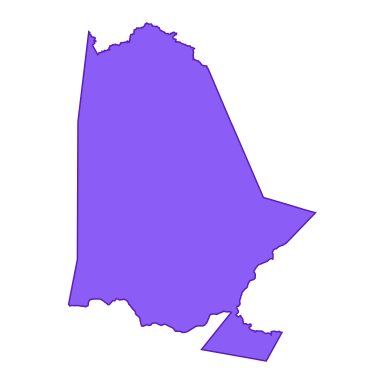 Los Andes, Salta, Argentina (Mercator projection), rotated 90°
{"feature_id": "61730980B96224963686238", "entity_name": "Los Andes", "entity_type": "district", "adm_level": 2, "iso_a3": "ARG", "parent_name": "Argentina", "parent_adm1": "Salta", "projection": "mercator", "projection_center": [-68.208, -24.497], "detail": "fine", "context": "isolated", "style": "filled", "palette": "violet", "viewbox_px": 384, "rotation_deg": 90, "n_neighbors": 0, "source": "geoboundaries", "source_scale": "gbopen_adm2", "svg_char_len": 5924}
<svg xmlns="http://www.w3.org/2000/svg" viewBox="0 0 384 384"><g transform="rotate(90 192 192)"><path d="M299.1,292.1L298.9,286.0L299.1,284.1L299.5,282.8L301.0,280.4L302.5,278.7L302.9,277.9L303.8,276.8L304.5,276.3L304.7,275.9L304.6,275.2L303.9,274.0L303.2,273.6L302.4,272.7L301.3,271.9L300.8,271.2L300.8,269.7L300.7,269.1L299.1,268.1L298.9,267.5L299.1,265.8L299.8,265.1L300.0,264.3L299.7,262.8L299.7,261.9L299.1,260.5L299.6,259.1L299.9,258.2L301.0,256.7L303.7,255.2L304.3,255.2L304.7,254.9L305.3,253.9L307.1,252.8L308.9,251.3L311.6,248.7L313.8,248.4L314.5,247.9L315.5,246.8L316.8,245.1L318.4,244.1L319.4,243.8L320.4,243.8L320.7,243.9L321.6,243.5L323.8,243.1L325.0,242.6L325.7,242.6L326.1,241.9L326.1,240.3L325.7,240.0L325.4,238.5L325.2,238.1L324.8,237.9L324.6,237.3L324.9,236.3L325.4,235.5L325.4,234.3L325.1,233.2L324.0,232.5L323.3,231.4L323.0,230.2L323.0,227.8L324.4,225.5L325.0,223.4L325.4,222.8L324.8,221.2L324.1,219.8L324.2,218.9L324.5,217.9L325.5,216.4L328.1,210.9L331.2,208.6L331.4,203.5L332.4,202.0L332.5,200.1L332.1,198.1L331.2,195.9L326.4,188.2L325.8,185.7L325.9,181.2L325.8,180.7L325.1,179.4L323.8,178.1L322.5,177.1L315.6,174.3L314.6,173.7L314.3,173.2L313.9,170.2L314.1,168.5L314.4,167.6L314.2,166.8L313.2,164.9L312.5,162.7L311.9,161.8L311.8,161.1L311.2,160.6L311.8,157.5L311.9,155.8L311.7,155.2L311.7,154.5L312.0,153.5L312.3,152.6L349.5,182.5L361.0,117.8L332.4,102.0L332.0,104.0L331.3,104.9L331.9,107.2L331.2,109.1L331.3,109.4L331.2,110.9L331.3,111.3L331.7,111.5L331.8,112.1L331.5,112.4L331.8,112.8L333.0,112.9L333.6,112.6L334.9,112.8L333.7,114.0L333.1,115.1L333.1,116.4L333.6,118.4L332.4,120.4L331.4,121.6L331.1,122.4L331.0,124.1L331.1,124.7L330.8,127.6L330.9,128.0L331.8,128.3L331.8,128.9L330.7,130.1L330.3,131.5L330.3,132.2L330.1,132.7L329.2,134.0L328.7,134.4L327.5,134.9L327.1,134.6L326.9,134.0L326.2,133.1L325.8,132.8L324.9,132.9L324.4,133.1L324.1,133.5L324.1,134.2L324.5,134.9L324.7,136.2L324.4,136.9L323.7,137.8L323.6,138.2L323.8,139.1L323.9,140.0L323.5,140.5L322.9,140.8L321.5,140.7L320.5,141.1L318.8,141.4L316.7,143.0L316.1,143.1L315.6,143.5L315.8,144.1L316.4,144.7L317.0,145.8L316.5,146.6L316.0,147.0L315.5,147.1L315.0,148.0L314.5,147.9L313.9,147.4L313.2,146.4L312.6,145.8L311.8,145.6L310.9,145.6L310.1,146.2L308.0,147.2L306.5,147.2L306.1,146.6L306.3,145.8L306.1,145.4L305.8,145.0L304.6,144.8L304.6,144.2L304.4,144.1L303.3,143.9L302.5,144.3L299.9,144.2L298.1,143.4L295.9,143.2L294.6,142.3L292.9,142.1L292.2,141.8L291.2,140.8L289.4,139.5L287.6,137.1L286.1,136.4L284.7,136.3L283.6,135.7L282.7,135.6L281.9,134.7L281.5,134.6L280.9,134.1L280.6,133.6L280.1,132.3L279.9,131.3L279.2,130.0L278.9,129.5L278.2,129.0L277.3,128.7L276.2,128.9L275.8,128.7L274.1,128.8L272.8,129.4L272.5,129.8L272.0,130.1L271.0,130.1L267.2,127.6L265.4,126.2L265.0,125.8L261.2,116.7L260.3,115.6L259.7,115.3L258.8,113.9L258.6,112.9L258.7,112.3L259.0,111.7L259.1,111.2L258.0,111.0L253.8,111.0L252.8,111.7L251.1,111.1L249.8,110.4L249.4,109.9L248.8,108.6L248.6,107.5L247.6,106.5L246.9,105.3L246.3,104.8L245.1,101.1L244.3,99.7L243.0,97.7L212.8,68.6L209.5,80.2L205.1,94.7L197.5,120.6L126.5,151.2L122.0,153.3L68.3,176.1L68.2,176.7L67.8,177.0L66.6,177.0L66.1,177.2L65.9,177.5L65.8,179.8L65.5,180.5L65.5,181.0L65.1,182.1L64.0,182.8L63.7,183.3L62.7,183.7L61.8,185.0L61.1,185.3L60.8,186.0L60.9,186.6L60.7,187.2L60.0,188.4L59.8,189.3L59.2,189.8L59.3,190.4L59.5,190.8L57.5,190.5L56.2,190.9L55.9,190.6L54.8,190.8L52.2,190.4L51.4,190.9L51.1,190.7L49.9,190.9L49.3,190.3L48.7,190.0L48.5,189.6L48.4,189.7L47.4,192.0L47.5,192.6L47.4,192.9L46.2,193.7L46.2,194.0L46.0,194.3L45.8,194.9L46.2,195.8L46.2,196.1L45.8,196.5L45.1,198.2L44.6,198.7L44.7,199.4L44.2,200.0L43.7,201.9L43.0,203.1L42.1,204.1L42.2,204.5L41.9,205.2L42.0,207.2L41.6,207.3L41.4,207.7L41.5,208.0L41.8,208.2L41.8,208.5L39.5,208.0L39.0,209.1L38.9,210.2L37.9,211.0L37.2,211.1L36.1,210.7L35.9,210.0L35.5,209.4L34.9,208.9L34.6,207.7L34.1,207.5L33.3,207.5L33.5,208.1L33.3,208.7L32.6,209.4L32.2,210.3L32.5,211.0L33.0,211.5L32.9,211.9L33.3,212.4L33.2,212.9L33.6,213.3L34.4,213.7L34.2,215.1L33.5,216.0L33.8,217.1L33.7,217.6L33.3,218.1L33.1,219.2L32.3,219.4L31.9,220.1L32.1,220.5L30.6,222.7L30.5,223.5L29.4,224.3L27.8,224.8L27.4,226.0L26.5,226.6L26.5,227.1L26.3,227.5L26.5,228.6L26.2,229.6L26.2,231.1L25.6,231.8L24.5,232.2L24.0,232.6L24.2,233.7L23.9,236.0L23.0,237.4L23.9,238.3L23.9,238.7L24.3,239.0L25.2,239.1L25.9,239.4L26.0,239.8L27.3,241.0L27.5,241.5L27.4,241.8L27.4,242.2L27.9,242.4L28.0,242.7L27.9,243.7L28.1,244.4L28.1,245.0L27.9,245.4L28.2,245.9L28.0,247.3L29.3,247.9L29.9,249.7L31.5,250.0L32.3,249.9L33.0,250.2L33.7,250.0L33.8,250.3L34.0,251.2L34.6,251.9L34.4,252.9L34.9,253.3L35.4,253.4L36.7,253.9L37.6,253.8L38.9,254.3L40.0,254.0L40.7,254.7L41.8,254.5L42.1,254.6L42.0,255.2L42.3,255.9L41.9,255.8L41.1,256.7L42.3,258.3L42.2,259.5L42.5,260.0L42.6,260.6L42.7,261.8L42.6,262.5L42.9,263.3L43.2,263.4L43.5,263.3L43.9,263.4L44.2,264.0L44.6,264.1L45.5,265.0L44.9,266.3L44.6,267.9L44.3,268.3L44.4,268.6L44.8,269.0L44.5,269.4L44.5,270.1L44.9,270.5L44.9,271.7L45.6,272.3L45.8,272.7L45.7,273.9L46.9,274.3L48.1,275.1L49.6,274.1L50.0,274.9L49.5,275.5L49.6,275.8L50.0,276.7L50.7,277.4L50.9,278.4L50.4,278.9L50.3,279.3L50.6,279.7L51.2,279.7L51.6,280.0L51.3,281.9L51.8,281.8L52.1,282.0L52.7,283.4L52.6,284.6L53.1,285.3L53.6,285.5L54.0,286.2L54.5,286.3L45.2,291.6L44.4,290.7L44.1,290.6L44.0,290.2L43.3,289.9L43.2,289.4L42.2,289.3L41.8,289.5L41.7,288.9L41.4,288.5L41.4,288.2L40.9,288.3L40.9,288.7L40.5,289.1L40.6,289.5L40.3,289.9L39.9,289.3L39.0,289.2L38.3,288.6L37.5,289.4L37.5,289.9L37.1,290.7L36.9,291.9L36.7,292.4L35.7,293.0L35.0,293.1L35.0,293.4L34.5,293.8L34.4,294.3L32.6,294.2L31.7,295.2L121.6,306.0L259.5,306.6L304.3,315.4L306.0,314.1L305.4,312.4L305.7,309.4L305.5,306.8L305.9,303.7L306.3,302.2L306.1,301.0L306.3,299.9L306.7,299.1L306.7,298.0L306.4,297.6L305.8,296.2L305.3,295.9L303.4,295.7L301.9,295.4L300.6,294.8L300.1,294.2L299.1,292.1Z" fill="#8b5cf6" stroke="#5b21b6" stroke-width="1.5"/></g></svg>